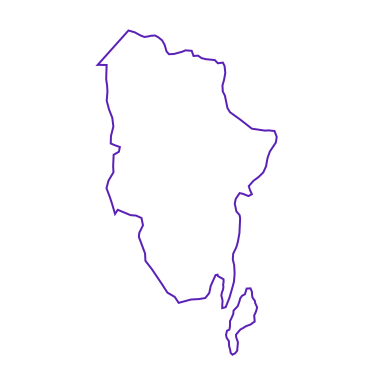 Timur Laut, Pulau Pinang, Malaysia (Robinson projection), rotated 357°
{"feature_id": "92858781B26188199947326", "entity_name": "Timur Laut", "entity_type": "district", "adm_level": 2, "iso_a3": "MYS", "parent_name": "Malaysia", "parent_adm1": "Pulau Pinang", "projection": "robinson", "projection_center": [100.297, 5.392], "detail": "fine", "context": "isolated", "style": "outline", "palette": "violet", "viewbox_px": 384, "rotation_deg": 357, "n_neighbors": 0, "source": "geoboundaries", "source_scale": "gbopen_adm2", "svg_char_len": 2242}
<svg xmlns="http://www.w3.org/2000/svg" viewBox="0 0 384 384"><g transform="rotate(357 192 192)"><path d="M219.6,308.8L223.8,299.7L226.5,292.0L229.2,283.8L230.3,275.6L230.3,267.4L229.2,261.4L229.9,255.8L233.4,249.4L235.3,243.8L237.2,235.6L237.9,228.7L238.7,221.0L238.3,217.5L235.3,213.7L234.1,205.9L235.3,201.2L239.5,195.6L242.5,196.4L248.2,199.0L251.7,197.3L250.1,193.4L249.0,189.1L254.0,184.0L259.3,180.5L264.2,176.2L267.3,170.2L269.2,162.0L271.9,155.6L278.3,147.0L279.5,141.4L277.6,135.4L271.9,134.5L268.0,134.5L255.1,131.9L243.7,122.0L234.1,114.3L231.8,110.0L230.7,102.7L229.9,97.5L228.0,93.2L228.0,87.2L229.9,81.6L231.5,74.7L231.1,67.8L229.6,64.4L224.6,64.8L221.6,61.4L212.8,60.1L208.6,58.8L205.2,56.2L200.6,56.2L199.1,51.0L193.0,50.2L189.2,51.5L185.4,52.3L181.2,53.2L176.2,53.2L173.9,50.2L172.4,43.7L170.1,39.0L166.3,35.6L163.3,33.8L159.4,33.8L156.8,34.3L152.6,34.7L148.8,33.0L143.1,29.5L137.0,27.4L104.5,60.1L105.0,60.1L113.4,60.7L112.2,74.8L112.8,81.5L112.8,87.6L111.6,96.3L113.4,105.0L116.3,113.8L116.9,122.5L114.0,131.9L113.4,139.3L117.5,141.3L122.3,143.3L121.1,148.0L115.7,150.7L114.6,162.2L114.6,168.2L109.2,176.3L106.8,183.7L109.8,193.1L111.6,199.8L114.0,209.9L116.9,205.9L129.4,211.9L134.8,212.6L140.2,215.3L141.3,222.7L137.2,230.1L136.6,234.1L141.9,250.9L141.9,258.3L147.9,267.0L156.8,281.8L162.2,291.2L169.3,295.9L172.9,302.0L185.4,299.3L193.1,299.3L199.7,298.6L203.9,293.9L205.8,286.7L211.2,276.2L213.2,275.9L213.4,277.3L218.9,280.8L218.9,282.3L218.7,284.6L218.2,285.9L218.4,288.3L218.1,290.1L217.5,291.9L216.8,293.5L216.2,295.5L215.9,297.0L216.7,301.1L216.8,302.9L216.4,305.1L216.1,309.5L219.6,308.8ZM226.8,355.2L228.8,352.8L229.3,349.4L230.0,344.5L228.5,339.3L228.5,336.8L231.5,333.5L233.2,331.8L236.1,330.4L239.0,328.8L243.6,327.4L245.6,326.0L247.8,324.7L247.8,322.2L247.6,318.6L249.0,316.1L250.0,313.7L251.0,310.6L249.3,306.2L249.0,303.7L247.8,302.1L246.8,300.2L246.6,297.4L246.6,294.7L245.4,291.3L241.5,291.3L239.5,296.9L236.6,298.2L234.6,300.7L233.4,304.3L231.7,308.4L229.7,310.3L227.3,312.6L226.8,316.1L225.4,318.9L223.2,323.0L222.9,328.0L222.2,331.3L219.7,332.4L218.5,336.5L219.0,339.5L221.0,342.8L221.0,347.8L221.9,351.9L222.2,354.7L223.9,356.6L226.8,355.2Z" fill="none" stroke="#5b21b6" stroke-width="2"/></g></svg>